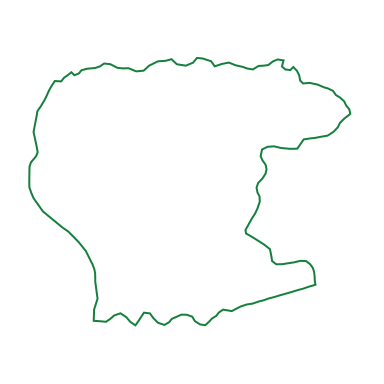 Planura, Minas Gerais, Brazil (Equal Earth projection), rotated 87°
{"feature_id": "56859067B88533243460253", "entity_name": "Planura", "entity_type": "district", "adm_level": 2, "iso_a3": "BRA", "parent_name": "Brazil", "parent_adm1": "Minas Gerais", "projection": "equal_earth", "projection_center": [-48.641, -20.071], "detail": "fine", "context": "isolated", "style": "outline", "palette": "green", "viewbox_px": 384, "rotation_deg": 87, "n_neighbors": 0, "source": "geoboundaries", "source_scale": "gbopen_adm2", "svg_char_len": 2290}
<svg xmlns="http://www.w3.org/2000/svg" viewBox="0 0 384 384"><g transform="rotate(87 192 192)"><path d="M291.1,73.6L287.0,74.0L282.3,74.0L278.0,74.3L274.2,75.3L270.3,77.8L267.0,81.7L266.4,87.5L267.6,93.7L268.2,99.8L268.8,105.6L268.6,111.6L265.2,115.6L260.3,116.1L253.2,117.1L248.3,122.7L244.7,127.7L239.7,134.8L236.3,140.2L232.7,140.6L229.3,138.4L225.1,135.8L220.6,132.9L216.8,130.1L211.7,127.4L205.1,124.8L199.8,124.8L196.1,126.6L191.0,127.3L186.5,125.5L182.2,120.9L177.5,117.6L173.3,116.4L168.5,117.1L164.4,119.8L159.8,121.6L153.2,119.8L150.8,114.2L150.7,107.7L152.7,100.8L154.0,91.9L154.3,84.6L150.5,81.7L145.3,77.7L144.7,71.2L144.4,66.2L143.7,61.2L142.8,53.6L139.2,47.4L135.0,43.0L130.7,40.6L126.6,36.0L122.3,29.8L117.6,30.6L113.7,33.5L109.4,35.3L105.4,39.3L102.7,43.2L98.4,45.9L95.8,50.6L94.3,54.9L91.3,60.9L89.2,68.8L89.4,75.4L86.3,78.2L81.2,78.8L76.4,80.9L72.5,84.3L75.4,87.5L74.5,92.4L71.4,95.6L65.4,93.7L64.1,99.5L65.8,104.3L69.2,109.2L69.6,114.0L69.6,118.9L72.8,124.8L71.6,130.3L69.7,134.8L67.7,141.9L64.7,148.4L65.7,155.5L67.7,162.7L62.4,166.1L59.2,174.5L58.4,180.0L62.9,184.2L65.5,191.6L63.6,200.5L58.3,205.5L59.6,211.5L59.7,219.1L63.6,228.3L68.3,233.9L68.6,241.4L65.1,248.8L64.9,255.0L64.1,259.9L60.1,266.9L59.1,273.0L61.8,277.5L63.1,282.2L63.4,290.1L64.6,295.9L67.7,298.8L69.2,303.3L66.1,306.2L68.9,310.1L71.1,313.7L74.7,316.9L74.0,323.2L79.5,327.2L83.2,329.5L88.5,332.2L92.1,334.2L98.1,338.2L103.1,342.1L107.6,343.1L123.8,347.1L136.1,345.1L144.2,344.0L148.2,345.9L154.0,351.3L158.5,353.0L174.0,354.0L178.7,354.2L184.3,352.6L189.8,350.6L203.6,341.9L220.6,323.3L225.2,317.4L236.2,307.7L245.4,301.1L259.2,295.1L264.2,293.5L268.3,293.0L272.4,293.1L276.5,293.3L293.6,291.9L304.2,295.9L315.5,296.9L316.1,291.6L317.1,284.7L314.4,280.2L311.2,276.2L309.4,269.8L313.6,264.1L318.5,260.4L322.2,255.5L317.8,252.0L314.2,249.4L310.0,246.3L311.0,240.4L315.9,237.2L320.8,232.8L323.3,226.5L320.8,221.6L317.7,218.9L315.9,214.2L313.9,208.9L314.3,203.7L316.5,198.3L321.2,195.8L324.7,190.7L325.7,185.8L322.8,182.1L319.4,178.7L316.9,174.2L313.8,171.6L311.1,167.1L313.0,158.5L308.9,149.5L307.2,143.2L306.6,137.2L304.7,130.6L303.8,125.8L302.4,121.3L301.2,115.3L299.7,109.3L298.2,102.7L296.8,96.6L295.4,91.2L294.4,86.2L292.6,80.0L291.1,73.6Z" fill="none" stroke="#15803d" stroke-width="2"/></g></svg>